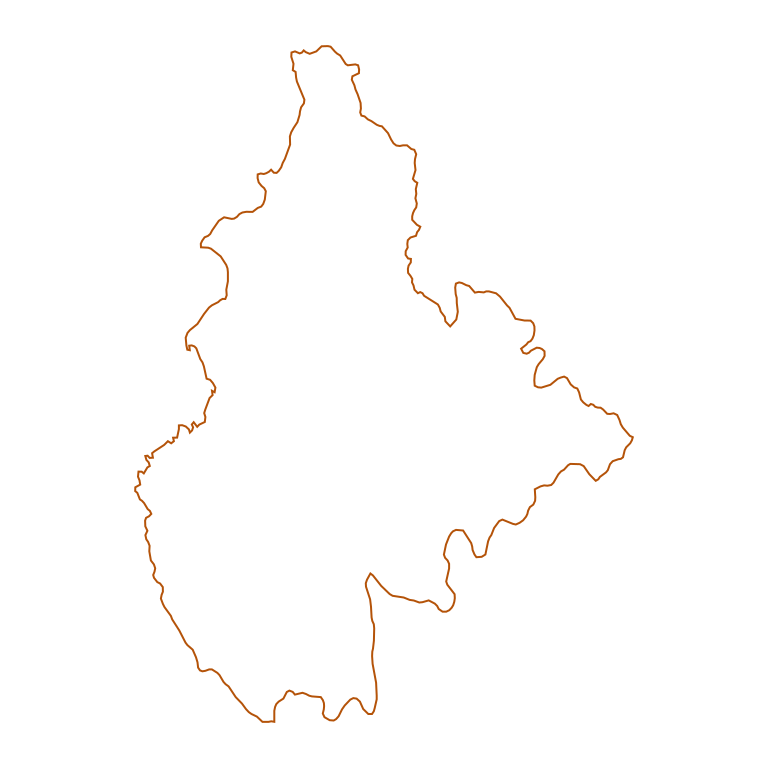 outline of Araçuaí, Minas Gerais, Brazil
{"feature_id": "56859067B18918264125998", "entity_name": "Araçuaí", "entity_type": "district", "adm_level": 2, "iso_a3": "BRA", "parent_name": "Brazil", "parent_adm1": "Minas Gerais", "projection": "equal_earth", "projection_center": [-41.973, -16.895], "detail": "fine", "context": "isolated", "style": "outline", "palette": "amber", "viewbox_px": 768, "rotation_deg": 0, "n_neighbors": 0, "source": "geoboundaries", "source_scale": "gbopen_adm2", "svg_char_len": 6095}
<svg xmlns="http://www.w3.org/2000/svg" viewBox="0 0 768 768"><path d="M533.8,335.2L534.5,330.5L534.4,326.5L533.2,323.2L530.6,320.6L524.4,320.5L515.5,318.8L509.5,307.8L507.1,305.5L500.0,296.6L496.1,293.3L488.9,291.4L486.2,291.4L483.8,292.4L478.6,291.9L474.9,292.6L469.2,286.0L466.3,285.2L461.9,283.0L459.1,282.4L455.9,283.6L455.2,287.6L455.7,294.1L456.7,297.9L456.8,303.1L457.8,311.8L456.3,319.5L450.2,326.4L445.4,321.3L444.8,316.9L440.7,311.5L439.7,307.8L437.9,304.5L424.1,295.8L422.5,293.2L420.2,292.1L417.9,293.2L414.5,289.7L413.5,285.4L412.0,282.4L412.3,278.9L410.5,275.9L408.1,272.9L407.9,268.9L408.6,265.6L410.8,262.4L410.9,258.9L408.1,258.5L405.6,254.9L405.7,251.2L407.7,247.5L407.3,244.0L407.8,240.2L410.5,237.5L416.0,235.8L417.1,232.2L419.0,229.8L420.3,226.7L416.9,224.8L412.2,219.8L412.2,216.3L413.0,213.1L414.3,210.2L416.2,207.4L416.8,203.5L415.4,198.3L416.3,193.9L415.8,189.1L417.3,182.8L414.7,181.2L412.9,178.9L415.5,170.1L414.7,163.0L415.0,159.1L416.2,154.2L414.3,149.8L411.3,149.0L407.0,145.3L403.2,145.3L399.8,146.0L396.3,145.5L393.5,143.3L391.1,139.5L388.0,133.1L381.9,126.3L379.5,125.9L376.8,124.8L371.4,121.1L367.9,119.4L364.6,116.4L361.4,115.6L360.2,112.4L360.9,108.6L360.6,103.0L357.6,94.2L355.5,89.5L354.4,85.3L351.8,79.7L352.4,76.3L358.9,73.2L359.1,69.5L358.1,65.3L355.3,64.4L347.8,65.3L345.7,64.0L340.2,55.5L337.1,53.6L334.9,51.6L330.6,46.7L327.9,46.1L321.6,46.3L316.3,51.4L309.7,53.8L305.7,52.1L303.7,50.4L301.9,52.6L299.7,53.4L295.0,51.4L291.5,52.5L291.3,56.8L293.5,63.8L292.8,70.2L295.6,71.9L296.1,77.5L296.9,81.5L304.4,99.7L303.9,103.4L301.1,107.3L300.0,111.4L299.6,114.9L297.4,122.2L293.7,127.8L291.2,132.3L289.9,136.4L290.1,144.6L284.9,158.9L282.7,163.0L281.2,167.3L278.7,170.9L276.6,172.9L273.8,172.7L271.1,169.7L269.0,171.7L266.3,173.2L263.8,174.0L260.7,173.5L257.7,174.4L257.6,178.1L258.7,182.4L261.5,185.9L264.2,188.2L265.8,191.2L264.8,199.6L263.2,204.0L261.2,206.6L257.8,207.9L252.6,211.9L246.3,211.8L242.4,212.5L239.4,214.1L236.9,216.9L234.1,218.6L231.7,218.9L224.1,217.3L218.8,220.8L212.2,230.3L210.2,234.0L208.0,235.9L204.6,237.3L202.2,240.7L200.8,243.7L201.0,247.3L208.2,247.7L211.0,248.7L220.7,256.4L226.2,264.9L227.5,268.4L227.9,272.2L227.9,281.3L226.3,289.7L226.7,295.3L225.3,299.0L222.6,298.9L220.1,300.3L218.2,302.1L211.9,305.3L209.0,307.6L204.0,314.0L197.4,324.0L189.9,330.1L187.5,332.9L185.7,337.7L186.4,345.5L187.3,349.7L189.8,350.2L189.2,345.7L191.7,345.4L194.4,346.4L196.3,348.3L200.3,359.1L202.5,362.4L203.9,366.4L206.6,378.7L210.1,379.8L212.9,383.1L215.4,387.6L214.6,392.2L212.0,390.8L212.6,395.1L209.6,398.0L205.3,409.5L204.2,413.1L205.4,417.0L204.8,422.0L199.3,424.6L197.2,426.8L193.7,422.2L191.8,424.5L193.1,427.3L192.1,430.4L189.9,432.6L188.9,429.4L185.8,426.5L182.2,425.2L178.9,425.4L178.9,429.1L177.1,437.6L173.1,437.7L173.9,441.2L171.2,443.3L167.9,441.2L164.2,444.9L154.3,451.4L152.1,453.2L152.9,457.7L149.7,457.9L147.6,455.7L145.3,456.0L146.4,459.9L148.7,462.4L149.8,466.0L147.4,467.4L143.8,473.4L141.7,471.7L138.5,471.6L138.0,476.7L139.5,480.4L140.2,484.6L135.3,487.3L135.2,491.1L137.3,492.8L139.9,499.4L142.0,500.8L144.1,503.1L147.7,509.1L149.9,510.9L151.3,513.9L149.0,516.3L146.1,517.8L145.1,520.6L145.3,526.3L147.4,530.8L145.4,535.1L146.3,539.3L148.1,541.9L149.6,545.8L149.3,551.3L150.9,560.5L153.9,564.4L155.2,568.3L154.5,571.7L153.2,575.0L154.0,577.8L157.3,582.1L160.1,583.5L162.8,587.1L162.9,591.7L161.6,594.9L160.9,598.6L162.9,603.9L164.5,607.1L170.9,615.9L172.2,619.4L179.3,630.5L185.5,642.6L187.4,645.1L192.7,649.7L196.0,657.3L197.5,662.3L198.1,667.6L200.0,670.4L202.4,671.3L205.4,670.8L209.2,669.4L211.9,669.4L217.4,672.9L219.5,675.1L223.5,681.9L225.6,684.2L228.6,686.4L235.7,697.1L242.0,703.6L246.0,709.1L248.8,712.1L251.5,714.0L256.9,716.6L262.5,721.9L268.3,721.9L271.3,721.3L274.3,721.8L274.3,710.8L275.1,706.9L276.3,704.1L278.7,701.6L283.4,698.6L286.8,692.0L289.4,690.6L292.7,691.9L294.9,694.6L302.5,692.8L306.0,694.0L309.2,695.7L311.9,696.4L320.8,697.1L322.9,700.2L323.9,703.1L324.1,706.1L323.8,709.4L322.8,713.5L324.5,717.2L329.7,720.2L333.7,720.5L336.1,719.1L338.6,716.3L342.0,709.4L344.7,705.5L350.3,699.6L353.3,698.1L356.6,698.6L359.9,701.6L363.2,709.0L368.3,714.0L372.0,714.0L373.8,711.3L374.7,708.1L376.7,699.3L376.7,695.6L376.1,682.7L372.6,663.8L372.1,656.1L372.3,651.6L373.0,648.6L373.9,640.7L374.2,628.4L373.8,624.2L372.3,620.9L371.6,617.5L371.0,606.7L370.1,599.3L366.0,586.7L365.8,583.2L367.0,579.7L370.4,573.5L372.9,575.4L381.2,585.9L389.6,594.0L392.6,595.8L403.7,597.5L409.7,599.9L413.8,600.5L419.3,602.5L422.4,602.2L428.7,600.4L434.8,603.6L437.2,606.0L438.7,609.0L442.6,611.7L446.2,611.7L449.3,610.2L451.7,607.7L453.2,605.2L454.3,601.7L454.8,598.2L454.6,594.2L447.3,584.7L446.2,581.5L449.1,568.5L449.1,563.8L447.6,560.5L445.1,557.8L443.9,554.6L446.0,544.5L449.1,536.6L451.2,533.2L453.0,531.3L456.0,529.9L463.1,530.5L471.2,543.1L472.2,546.6L472.6,550.0L474.5,554.5L476.4,557.2L481.7,556.8L485.4,554.5L488.1,541.3L489.6,537.5L491.3,535.1L494.1,528.0L499.2,521.1L502.4,519.6L513.0,523.9L515.8,524.5L519.6,522.8L523.1,520.3L526.1,516.6L527.4,513.9L528.1,510.7L529.9,507.1L533.3,504.6L535.1,500.8L535.3,497.2L534.8,489.3L540.5,486.4L544.1,485.4L547.5,485.7L551.2,485.0L553.5,482.7L558.3,474.4L561.0,471.4L564.0,469.7L568.1,465.2L570.3,463.9L580.1,464.2L583.7,466.1L589.3,474.2L595.7,480.8L598.3,479.3L599.9,476.9L606.0,472.4L607.8,470.2L610.0,464.2L612.7,461.2L618.4,459.2L620.8,458.9L623.0,457.3L624.7,450.2L626.2,447.3L630.2,443.3L631.9,440.3L632.8,437.2L629.8,435.8L622.8,427.6L620.8,424.2L619.5,420.0L617.2,415.0L613.6,413.3L610.0,414.0L607.2,413.8L603.1,409.5L600.6,407.7L597.8,407.6L595.2,406.8L593.3,404.8L590.8,404.0L588.6,406.0L586.4,404.9L583.2,402.3L580.9,399.5L579.1,392.4L577.3,388.5L574.1,387.4L570.7,384.4L567.0,378.1L564.1,376.6L560.6,377.6L557.7,378.8L550.4,384.8L541.3,387.6L538.0,387.3L534.7,385.7L534.3,380.4L534.7,374.9L536.8,367.2L538.6,364.2L542.8,359.2L544.6,355.9L544.5,351.3L541.9,349.0L539.6,348.0L536.7,347.7L530.9,350.7L529.0,352.7L526.7,353.7L523.3,352.9L521.1,348.7L526.4,344.5L528.2,342.2L530.5,341.2L532.4,338.7L533.8,335.2Z" fill="none" stroke="#b45309" stroke-width="2"/></svg>